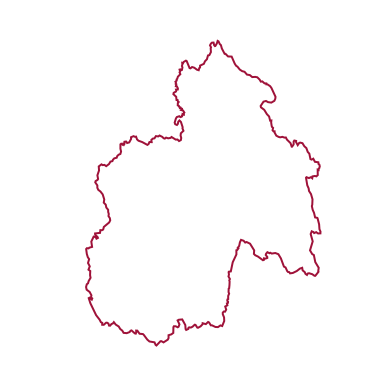 outline of Ikalamavony, Haute Matsiatra, Madagascar, rotated 343°
{"feature_id": "10022922B85703559853082", "entity_name": "Ikalamavony", "entity_type": "district", "adm_level": 2, "iso_a3": "MDG", "parent_name": "Madagascar", "parent_adm1": "Haute Matsiatra", "projection": "equal_earth", "projection_center": [45.831, -21.226], "detail": "fine", "context": "isolated", "style": "outline", "palette": "rose", "viewbox_px": 384, "rotation_deg": 343, "n_neighbors": 0, "source": "geoboundaries", "source_scale": "gbopen_adm2", "svg_char_len": 6018}
<svg xmlns="http://www.w3.org/2000/svg" viewBox="0 0 384 384"><g transform="rotate(343 192 192)"><path d="M289.6,305.3L289.5,304.8L291.0,301.5L289.4,295.1L290.1,287.9L288.8,286.5L287.8,282.3L293.0,274.5L293.2,266.9L295.0,264.6L296.4,265.8L296.8,267.0L299.0,266.7L300.4,268.5L302.7,269.1L303.3,267.4L303.0,264.9L304.1,260.1L304.4,253.9L304.3,253.4L302.3,252.3L302.6,247.6L302.2,244.3L302.5,240.5L303.3,239.3L305.1,234.2L305.2,228.8L304.2,225.2L304.6,222.6L304.2,219.3L305.2,211.7L305.8,211.3L307.9,212.9L310.0,212.6L311.0,214.0L311.8,212.3L314.2,212.6L315.5,213.4L317.2,212.6L318.7,207.4L319.5,208.0L320.0,206.7L320.7,206.4L321.7,204.8L321.8,203.1L321.2,202.3L321.5,200.5L318.4,199.1L317.7,195.6L315.9,196.0L314.9,195.2L315.4,189.6L314.4,187.5L314.2,183.4L312.8,181.1L311.9,177.6L309.9,176.4L308.9,176.4L306.8,178.1L306.1,174.6L306.5,173.6L304.9,172.7L304.0,173.4L303.1,176.2L301.0,177.9L300.6,177.8L300.5,174.1L298.1,169.6L297.7,167.3L296.3,167.0L294.6,165.7L292.3,165.5L290.9,164.6L289.1,162.8L288.4,159.5L288.7,158.1L287.7,157.9L287.1,156.5L288.3,154.4L287.5,153.1L287.5,152.2L288.0,148.8L288.8,146.8L287.6,146.6L287.8,142.3L286.4,139.5L285.1,134.5L282.7,131.2L282.8,129.8L286.8,126.5L289.4,126.6L291.0,128.3L294.0,129.7L297.4,128.9L298.9,127.2L299.7,125.4L298.4,115.8L297.7,113.7L295.6,111.1L294.6,110.8L294.8,109.9L293.1,109.3L291.6,106.8L290.1,106.6L289.5,104.2L288.0,101.4L286.1,100.4L283.2,99.7L281.5,97.1L278.9,95.8L277.4,92.4L275.3,91.1L273.5,88.9L272.1,85.4L271.1,84.2L270.4,81.8L269.5,74.1L266.1,72.9L264.4,69.6L263.6,69.4L262.5,63.5L262.6,60.0L261.8,58.6L261.4,55.7L260.7,55.0L259.2,57.2L257.0,59.2L256.6,59.2L256.1,58.1L256.3,55.4L254.7,55.0L253.5,55.6L252.1,57.0L252.5,59.2L251.9,60.0L251.0,63.7L248.6,66.2L247.2,66.1L245.1,69.4L242.6,70.8L240.8,72.9L236.7,73.5L236.1,75.3L235.2,75.6L234.0,77.5L232.5,76.5L230.5,73.8L228.6,72.5L226.7,73.3L225.9,72.8L225.2,65.2L224.6,64.6L222.0,65.2L221.1,66.2L220.4,65.7L220.1,67.1L219.2,68.6L219.3,70.0L218.1,72.3L217.0,72.3L216.6,71.3L215.9,71.3L215.9,72.1L216.3,72.5L215.9,73.4L215.1,73.9L215.3,75.9L212.2,77.6L210.9,79.5L210.2,79.8L209.9,81.0L208.4,81.7L208.6,82.9L208.0,83.8L208.5,84.4L207.5,86.1L208.4,86.5L208.8,88.8L208.4,89.8L206.7,89.4L206.7,90.3L206.1,91.2L203.5,91.8L202.8,93.0L204.7,96.3L204.1,99.5L205.1,99.8L205.0,101.6L205.5,102.1L204.4,102.9L203.7,105.0L204.6,105.8L204.5,106.6L205.7,107.8L205.1,108.5L206.8,109.5L206.7,110.2L205.8,110.6L207.3,111.5L207.9,113.8L207.2,114.2L206.9,115.5L205.8,114.7L205.4,115.9L204.7,115.9L204.5,116.8L203.6,117.0L202.8,117.0L202.0,115.8L199.4,115.9L198.1,117.0L195.7,120.6L195.8,122.3L197.2,123.5L198.4,122.7L199.4,120.8L200.9,119.9L201.9,121.8L202.0,127.3L201.5,128.3L201.7,131.0L198.5,132.6L197.6,134.7L197.5,137.2L196.5,139.1L194.5,139.5L193.5,137.6L191.7,137.1L188.5,133.4L187.4,134.0L184.9,133.7L183.1,132.4L181.6,133.0L180.6,132.3L179.7,130.6L177.5,128.5L176.0,129.0L173.8,128.0L171.8,129.7L170.0,129.5L168.3,130.4L168.0,132.5L165.9,131.8L164.4,133.5L163.1,133.9L159.0,129.7L155.8,127.3L154.8,125.6L154.7,122.7L153.7,122.6L152.4,121.5L149.7,121.8L149.3,123.4L146.5,126.2L144.3,126.2L143.8,124.5L142.9,124.3L142.1,124.2L141.5,126.2L140.6,127.0L140.1,125.8L139.4,126.4L138.4,125.1L137.5,125.5L136.2,129.7L136.0,132.6L134.6,134.7L132.7,134.9L131.0,135.8L130.0,137.2L127.5,137.1L125.9,138.0L124.9,139.2L122.9,139.1L120.8,141.0L117.5,142.2L116.2,140.5L114.5,140.2L113.5,139.1L110.3,140.3L109.4,144.2L106.4,148.4L106.0,152.1L105.2,152.8L103.0,153.4L102.3,154.5L103.4,158.0L102.7,160.3L103.0,162.5L104.6,164.8L105.9,168.2L105.9,173.5L104.5,176.4L105.8,178.9L105.5,181.8L106.6,184.5L106.0,186.6L106.0,188.7L105.1,190.6L105.8,193.0L105.5,195.2L103.9,196.9L97.5,199.6L96.1,201.9L94.8,202.2L93.2,201.7L92.1,204.2L87.2,203.3L86.9,204.5L88.5,207.4L88.6,208.4L87.0,208.7L86.7,207.0L84.9,205.9L81.2,210.0L80.4,215.3L77.5,215.2L76.6,215.7L75.1,215.0L74.1,215.6L73.3,220.5L73.3,223.9L74.0,226.1L71.8,229.5L72.5,233.2L70.3,236.0L71.6,237.8L70.2,241.7L69.9,244.4L67.1,247.0L65.9,248.9L64.4,249.5L62.9,251.9L62.7,254.6L64.9,257.7L65.6,261.4L64.6,263.2L65.5,264.6L64.7,265.6L63.1,263.1L62.2,263.3L62.3,268.8L64.3,281.8L66.3,287.0L66.8,289.8L67.9,290.9L67.3,292.7L68.8,293.2L71.6,291.9L72.5,292.1L73.6,293.3L73.6,295.5L74.6,295.9L76.4,294.7L77.9,294.6L79.2,293.6L80.3,296.5L82.6,299.2L83.3,302.0L84.8,304.2L85.4,306.7L88.3,307.9L91.4,307.7L92.7,306.7L93.7,306.7L96.0,310.5L96.8,311.0L97.6,310.0L98.1,308.2L99.2,308.6L100.4,312.2L103.5,313.5L104.1,314.5L106.1,320.1L107.6,322.5L112.2,324.8L112.5,327.6L113.1,328.4L118.2,325.5L119.1,325.7L120.8,327.5L125.7,326.1L126.9,324.8L127.7,322.1L130.6,322.1L132.9,321.3L134.7,315.8L135.4,315.1L137.1,315.6L138.8,317.2L139.8,316.9L141.3,314.9L140.7,310.6L142.0,310.3L145.4,311.0L146.7,317.3L145.8,321.2L146.1,322.2L148.4,321.9L149.0,320.8L149.7,320.6L151.3,321.3L153.1,321.0L155.8,319.7L156.5,320.1L157.4,323.2L158.0,323.6L160.9,323.0L163.4,321.6L163.8,320.6L166.6,322.4L169.4,321.0L170.2,321.8L171.0,325.0L172.2,325.4L174.9,327.9L177.3,328.8L180.2,327.9L181.7,329.0L185.1,324.8L186.0,321.3L185.7,317.8L186.2,316.3L187.5,315.6L188.6,316.1L190.3,314.5L190.3,311.2L192.7,310.7L192.8,308.7L194.0,308.5L194.4,307.4L193.9,306.4L194.5,305.1L195.3,305.0L196.2,302.0L197.8,300.0L197.7,298.4L198.8,295.2L199.4,294.9L200.6,292.0L201.8,288.6L201.8,287.4L202.8,286.3L202.2,283.4L203.2,281.8L203.6,279.3L203.9,279.0L205.9,279.3L210.4,271.1L216.2,264.7L217.4,260.7L218.3,260.7L219.9,259.4L219.4,258.8L221.4,257.3L223.1,254.1L224.9,252.1L227.1,253.7L228.1,255.9L229.6,255.8L232.4,258.4L234.4,266.0L233.1,269.3L234.0,271.0L236.2,273.0L239.9,278.0L241.0,277.9L241.5,276.5L242.8,277.2L244.7,277.1L245.0,276.1L244.1,273.8L244.8,272.7L246.5,271.6L248.2,273.2L249.1,273.0L250.3,274.2L253.8,274.7L256.4,276.7L257.6,281.5L258.1,290.2L259.4,291.5L259.9,295.4L260.4,296.5L261.6,297.1L262.0,298.5L264.8,298.9L269.1,298.2L272.8,296.8L275.2,296.7L274.9,299.3L276.4,301.6L276.6,303.5L277.7,304.9L278.8,303.8L280.2,303.9L283.0,305.8L284.6,307.9L285.4,308.2L289.6,305.3Z" fill="none" stroke="#9f1239" stroke-width="2"/></g></svg>